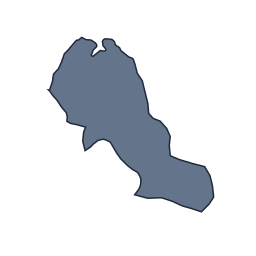 Pyongwon, P'yŏngan-namdo, North Korea (Mercator projection), rotated 76°
{"feature_id": "82179303B73199246171338", "entity_name": "Pyongwon", "entity_type": "district", "adm_level": 2, "iso_a3": "PRK", "parent_name": "North Korea", "parent_adm1": "P'yŏngan-namdo", "projection": "mercator", "projection_center": [125.567, 39.283], "detail": "fine", "context": "isolated", "style": "filled", "palette": "slate", "viewbox_px": 256, "rotation_deg": 76, "n_neighbors": 0, "source": "geoboundaries", "source_scale": "gbopen_adm2", "svg_char_len": 1260}
<svg xmlns="http://www.w3.org/2000/svg" viewBox="0 0 256 256"><g transform="rotate(76 128 128)"><path d="M71.8,196.0L73.5,194.9L77.9,193.3L83.6,190.3L92.3,187.2L98.1,184.2L102.4,184.2L106.7,185.7L109.6,182.7L112.5,176.6L116.9,168.9L121.2,172.0L129.8,175.1L139.6,175.1L137.2,168.7L135.2,165.5L132.8,160.1L132.8,155.3L133.5,153.4L136.3,149.8L137.8,148.5L149.7,145.0L156.1,142.5L164.2,137.6L169.4,133.6L172.5,130.3L174.1,129.2L178.1,128.1L180.7,127.9L184.8,129.0L187.5,130.3L190.4,132.7L194.4,137.7L200.8,126.1L203.8,112.3L209.6,103.1L216.9,93.9L221.3,86.2L227.1,77.0L221.4,67.7L215.7,61.6L213.0,61.2L204.2,60.0L194.1,60.0L184.0,63.0L178.2,73.8L170.9,86.1L165.1,93.7L155.0,92.2L146.4,89.1L137.7,90.6L129.1,95.2L124.7,101.3L118.9,104.4L108.8,102.8L101.6,102.8L93.0,102.8L85.8,102.7L77.1,105.8L68.5,105.8L62.7,106.2L61.5,106.8L59.2,110.1L51.2,116.2L48.0,116.8L44.5,120.0L40.7,120.4L38.2,122.1L35.9,128.4L36.3,130.4L37.9,131.9L42.2,132.3L45.7,130.5L47.3,130.9L47.7,132.3L46.1,136.2L50.1,144.9L48.6,146.1L43.9,142.8L41.4,138.7L39.8,138.2L38.2,138.8L37.6,139.0L33.7,142.6L32.1,147.4L28.9,151.0L30.6,154.6L30.4,156.9L37.7,167.1L40.6,171.8L47.7,176.4L53.5,181.0L57.7,187.2L64.9,190.2L72.1,194.9L71.8,196.0Z" fill="#64748b" stroke="#1e293b" stroke-width="1.5"/></g></svg>